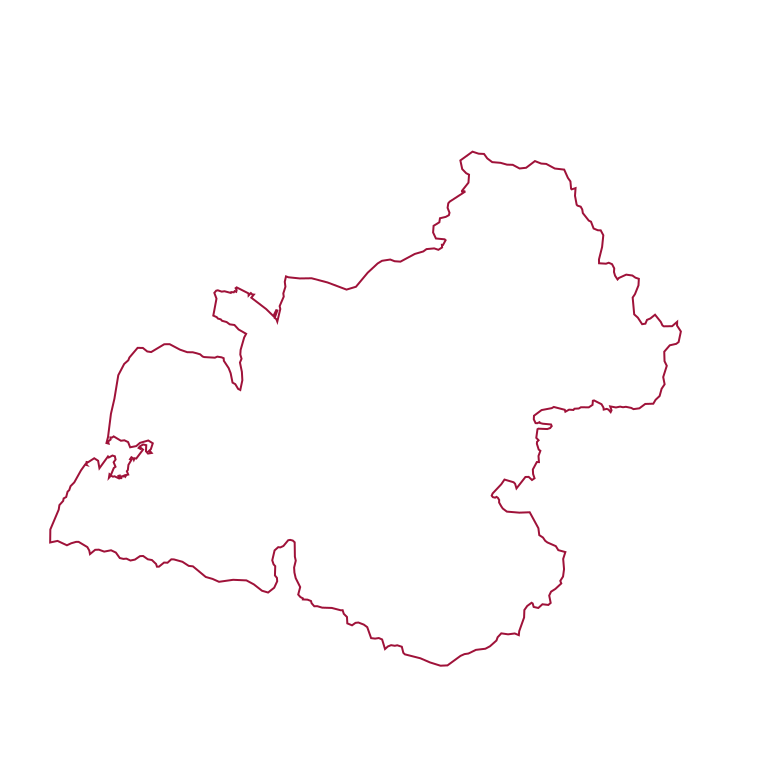 the district of Viisoara, Mures, Romania, rotated 290°
{"feature_id": "2599482B3692872469981", "entity_name": "Viisoara", "entity_type": "district", "adm_level": 2, "iso_a3": "ROU", "parent_name": "Romania", "parent_adm1": "Mures", "projection": "equal_earth", "projection_center": [24.576, 46.301], "detail": "fine", "context": "isolated", "style": "outline", "palette": "rose", "viewbox_px": 768, "rotation_deg": 290, "n_neighbors": 0, "source": "geoboundaries", "source_scale": "gbopen_adm2", "svg_char_len": 6166}
<svg xmlns="http://www.w3.org/2000/svg" viewBox="0 0 768 768"><g transform="rotate(290 384 384)"><path d="M448.5,632.3L454.6,636.3L457.6,643.8L462.0,644.6L467.0,647.1L474.5,646.5L479.7,647.8L486.0,644.0L497.8,643.5L501.4,639.8L510.2,636.3L518.1,639.3L521.7,644.9L524.2,646.5L534.9,645.0L539.1,639.4L542.7,638.2L536.9,635.0L533.9,627.2L534.3,625.6L537.0,622.9L541.8,615.0L536.7,611.9L534.2,609.2L530.1,609.0L528.5,606.1L533.2,599.8L535.0,595.3L550.3,588.1L554.2,589.1L563.7,589.4L570.0,587.5L569.9,583.9L570.9,580.3L569.6,574.2L564.0,568.5L562.1,567.7L564.8,564.1L567.9,561.8L571.4,560.8L574.6,557.3L574.8,553.7L573.0,551.5L571.0,544.8L574.6,543.4L587.3,542.1L598.8,539.2L602.5,535.1L601.6,532.4L601.8,527.8L607.3,523.0L607.6,520.5L612.6,512.4L615.8,510.6L617.9,508.2L617.8,504.8L618.4,503.7L626.2,499.1L633.6,497.0L631.1,493.8L631.5,493.0L638.1,489.9L640.6,486.3L647.1,480.0L644.9,470.8L646.3,461.2L644.9,456.3L645.1,449.6L635.8,443.6L632.9,437.7L634.0,430.0L632.2,424.6L631.7,417.9L629.5,409.8L631.3,403.9L634.4,399.3L632.8,394.2L632.6,387.7L620.2,379.3L612.7,384.0L610.2,389.1L609.8,392.3L602.1,394.5L592.2,391.2L591.7,391.4L592.6,393.7L592.1,394.1L577.9,383.4L575.8,382.6L571.3,383.5L567.3,387.0L564.8,387.2L562.1,384.8L558.9,379.9L554.9,380.7L549.6,376.5L543.2,378.3L538.5,383.0L540.7,391.5L540.2,392.7L534.9,391.9L534.6,390.8L532.2,391.9L528.7,389.2L528.6,384.8L525.3,377.8L522.0,375.6L516.7,368.4L504.6,357.6L503.0,352.0L503.1,347.3L499.1,340.0L495.1,336.8L483.0,330.6L465.8,324.4L459.9,316.5L460.1,296.2L458.6,279.8L454.4,268.8L451.6,257.7L451.6,255.1L446.1,255.8L441.7,258.1L434.7,258.4L431.8,259.9L421.5,259.3L419.0,260.9L406.1,262.4L408.1,260.7L408.7,258.7L416.6,258.6L416.5,257.5L410.0,256.8L414.1,247.7L419.7,229.8L423.5,231.1L423.1,229.5L423.9,227.8L420.9,226.5L422.8,225.7L424.4,212.5L423.3,211.8L421.9,213.4L420.1,213.6L420.2,211.9L418.8,211.5L418.1,209.0L417.2,208.9L416.6,202.4L415.3,199.9L415.2,195.8L414.3,194.4L411.6,193.4L406.9,197.4L389.9,200.2L389.6,204.0L388.7,205.5L388.9,208.5L388.0,210.2L388.4,214.9L387.3,218.6L388.3,223.3L385.5,228.7L384.0,237.3L379.9,236.7L367.0,237.6L362.5,238.9L359.0,241.5L354.9,241.3L346.8,246.3L339.1,249.6L329.2,251.0L329.5,248.6L333.0,244.3L333.5,241.2L341.7,236.2L345.8,232.6L351.0,225.6L353.4,224.5L353.5,222.2L352.7,218.0L350.9,216.1L347.8,205.8L347.8,204.1L349.0,201.1L348.8,197.4L348.4,193.4L346.6,188.3L346.5,180.5L348.1,169.0L346.2,163.9L334.4,154.3L333.6,150.4L335.4,145.1L333.7,140.1L321.8,135.7L318.8,135.6L314.0,133.0L301.4,131.3L278.0,135.7L262.6,137.6L239.8,142.8L233.6,143.4L233.8,145.6L235.6,144.4L238.3,146.1L240.2,145.2L240.8,146.9L242.3,147.9L240.7,156.2L242.3,159.3L241.9,163.4L237.7,167.1L240.9,172.4L245.2,174.8L250.3,181.8L249.2,187.0L243.0,187.2L240.4,185.9L240.7,187.4L239.7,189.2L237.9,186.0L239.4,183.3L245.2,181.5L244.8,178.4L242.0,176.0L240.0,175.3L239.7,177.3L240.7,177.6L239.9,180.0L229.2,176.7L228.9,175.0L227.2,174.9L228.3,174.0L228.8,171.7L226.5,171.1L226.4,172.6L220.6,171.5L215.6,172.7L214.1,172.2L211.4,174.6L210.3,173.0L208.8,172.7L209.7,171.8L208.5,170.5L208.1,171.1L207.3,168.7L205.7,169.3L205.3,168.3L207.6,167.0L206.8,165.8L204.7,166.7L205.1,162.3L204.2,161.0L204.5,158.7L201.8,157.6L205.4,156.9L204.9,158.5L212.6,158.8L214.4,160.0L218.0,156.7L221.2,157.6L224.0,155.8L223.9,153.3L220.8,150.5L221.5,149.4L207.5,145.4L214.1,141.6L215.1,137.1L209.3,132.7L209.0,131.2L207.8,131.3L207.2,132.5L207.3,130.4L206.2,132.4L206.1,130.7L199.2,128.8L185.6,126.6L180.8,124.4L176.6,124.5L174.6,123.5L169.1,124.0L166.9,122.1L164.4,122.5L159.2,120.4L154.7,121.3L133.2,120.2L120.9,124.5L124.9,130.9L124.0,141.2L127.4,144.6L130.3,148.6L131.2,151.1L129.3,161.0L126.7,164.0L123.6,165.9L129.4,169.3L130.8,172.7L130.8,178.4L134.4,184.4L133.9,189.7L130.1,195.2L130.5,198.9L131.8,201.7L131.4,206.1L133.8,210.0L138.8,213.6L140.0,216.5L138.5,222.0L139.2,226.1L136.9,231.4L134.7,233.1L135.4,235.0L141.0,238.4L142.0,241.7L146.5,244.1L147.3,246.5L148.0,255.4L146.3,262.7L147.3,266.8L141.7,282.5L142.2,289.5L141.7,296.6L148.4,309.2L152.4,321.9L151.2,330.2L148.0,340.1L148.4,346.4L155.0,350.5L162.1,351.1L165.2,349.7L166.8,347.0L175.6,344.1L176.8,341.9L180.1,339.3L190.2,338.1L194.5,340.4L195.0,342.5L197.4,344.9L204.4,347.4L205.4,349.1L205.7,351.8L204.7,354.2L191.3,359.3L187.8,361.5L180.8,362.3L176.2,364.3L171.4,367.4L164.5,374.7L156.8,375.4L155.2,378.3L154.8,381.1L153.8,381.4L155.2,385.9L155.1,389.6L153.2,391.0L151.3,394.5L152.4,397.3L152.7,402.4L155.7,411.5L156.6,420.9L157.3,422.5L154.3,424.8L152.4,428.9L146.5,431.4L146.3,436.5L149.8,438.9L151.1,441.5L151.0,447.3L149.8,451.4L140.8,458.8L141.7,462.7L143.5,466.0L143.3,469.6L135.3,475.6L138.7,477.4L141.0,480.0L141.7,483.7L143.0,485.8L143.2,490.6L138.0,494.1L137.1,496.1L138.7,512.0L138.1,522.4L138.6,533.4L141.3,539.9L154.7,548.9L157.7,552.0L159.6,555.5L165.6,561.3L169.9,569.8L173.8,573.3L181.4,577.4L184.9,577.4L189.8,579.5L191.2,586.2L194.3,592.2L194.1,596.6L198.0,595.6L212.5,595.5L219.6,593.2L224.4,594.5L228.9,597.5L228.6,598.8L225.7,600.9L226.3,605.6L231.2,608.2L232.6,614.0L235.3,615.5L241.7,611.6L246.0,612.0L250.0,615.1L257.2,618.8L259.3,617.0L264.3,618.1L271.6,616.5L280.9,612.2L288.1,611.9L287.5,604.6L290.4,600.9L291.0,591.7L291.8,589.1L294.1,585.9L295.1,581.6L301.3,578.4L313.3,564.8L309.4,555.2L306.1,543.1L307.6,538.2L309.1,536.1L312.0,532.7L314.4,531.9L316.0,529.9L316.4,528.3L315.2,527.3L314.9,525.0L315.9,523.4L318.3,523.5L329.9,528.5L335.4,529.9L336.0,539.4L335.1,541.3L331.2,544.2L345.0,548.7L346.2,551.7L344.4,555.9L346.9,557.7L350.4,554.9L354.6,553.1L362.9,554.3L363.6,556.3L369.2,553.8L374.7,553.8L375.3,551.8L380.1,548.1L382.0,547.6L384.0,548.5L385.5,545.5L394.0,543.7L394.8,544.3L397.5,552.8L399.4,555.2L401.8,556.0L403.1,554.8L401.0,546.8L400.7,543.9L401.3,543.2L399.6,541.5L399.1,539.8L402.1,536.8L405.5,535.8L413.4,541.0L418.7,549.9L420.5,551.4L421.6,562.7L420.0,563.9L423.2,566.7L424.4,570.9L425.9,571.4L427.6,575.4L429.5,577.0L432.1,584.4L435.7,587.1L439.7,586.0L440.4,587.0L439.4,595.3L436.9,598.3L435.1,599.2L436.8,601.8L436.7,603.8L435.1,606.6L437.1,606.8L440.3,604.2L441.3,610.0L443.5,613.6L443.9,616.5L445.3,619.1L446.1,624.5L445.7,627.0L448.5,632.3Z" fill="none" stroke="#9f1239" stroke-width="2"/></g></svg>